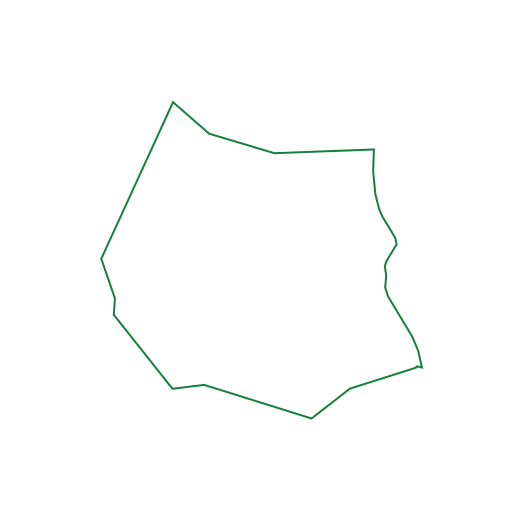 Al Batnah South, Equal Earth projection, rotated 63°
{"feature_id": "OMN-5497", "entity_name": "Al Batnah South", "entity_type": "Region", "adm_level": 1, "iso_a3": "OMN", "parent_name": "Oman", "parent_adm1": "", "projection": "equal_earth", "projection_center": [57.783, 23.513], "detail": "fine", "context": "isolated", "style": "outline", "palette": "green", "viewbox_px": 512, "rotation_deg": 63, "n_neighbors": 0, "source": "natural_earth", "source_scale": "10m", "svg_char_len": 512}
<svg xmlns="http://www.w3.org/2000/svg" viewBox="0 0 512 512"><g transform="rotate(63 256 256)"><path d="M214.6,102.6L234.0,113.3L255.2,121.6L270.2,125.0L278.5,125.5L302.9,123.7L309.5,125.5L319.9,142.3L323.7,145.9L332.4,148.8L342.7,155.2L351.7,156.7L398.8,153.4L414.5,154.6L430.7,158.8L427.6,162.3L427.6,163.4L428.2,163.6L416.8,232.6L426.0,280.3L347.3,360.7L336.4,390.7L243.8,409.4L229.9,401.0L188.2,395.1L81.3,260.1L125.8,242.2L172.7,193.0L214.6,102.6Z" fill="none" stroke="#15803d" stroke-width="2"/></g></svg>